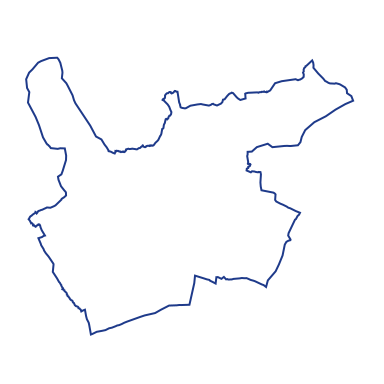 Notodden nor, Telemark, Norway, rotated 88°
{"feature_id": "86288312B98862303596044", "entity_name": "Notodden nor", "entity_type": "district", "adm_level": 2, "iso_a3": "NOR", "parent_name": "Norway", "parent_adm1": "Telemark", "projection": "mercator", "projection_center": [9.072, 59.692], "detail": "fine", "context": "isolated", "style": "outline", "palette": "blue", "viewbox_px": 384, "rotation_deg": 88, "n_neighbors": 0, "source": "geoboundaries", "source_scale": "gbopen_adm2", "svg_char_len": 5982}
<svg xmlns="http://www.w3.org/2000/svg" viewBox="0 0 384 384"><g transform="rotate(88 192 192)"><path d="M289.5,121.3L283.0,119.3L274.2,111.2L267.5,107.7L258.6,103.7L247.8,101.1L245.1,99.4L244.0,97.3L243.6,95.4L242.9,95.2L238.9,97.4L236.5,96.9L223.2,90.0L222.7,89.1L219.6,87.3L218.4,85.8L216.5,84.8L214.7,88.9L211.7,94.4L211.0,96.4L209.9,97.8L207.8,101.7L206.8,104.0L204.4,108.2L202.8,109.2L197.3,108.6L196.6,109.1L195.5,110.5L192.7,122.5L189.0,123.1L184.9,123.3L176.8,122.5L174.5,122.9L174.3,124.8L174.6,125.1L174.6,125.5L174.2,127.5L173.7,128.9L173.4,131.3L174.4,132.5L172.4,136.7L170.6,136.4L170.0,135.0L168.8,134.9L168.5,133.9L168.1,133.3L166.5,132.6L166.0,133.0L165.9,133.7L166.2,134.6L166.1,134.9L165.7,135.2L164.1,134.8L158.0,135.6L156.4,135.1L153.8,135.0L153.7,130.8L149.4,125.6L146.4,114.6L150.0,110.1L149.2,97.9L149.2,95.3L149.5,92.0L149.0,84.5L146.0,81.9L140.8,80.4L134.1,76.7L126.5,67.3L121.0,55.6L114.7,45.7L109.5,35.7L106.4,27.8L101.7,29.4L98.7,33.6L95.2,33.8L92.8,35.4L89.7,40.2L89.2,41.4L88.3,44.4L88.7,45.5L88.3,50.3L87.7,51.8L86.3,53.9L85.8,55.0L83.2,56.9L78.0,61.7L72.1,66.3L69.4,66.1L66.9,66.4L64.7,67.3L69.9,73.3L70.3,74.2L71.2,74.4L72.1,75.6L73.8,76.2L75.3,76.1L76.6,76.9L78.3,76.2L80.9,76.4L81.6,77.3L82.1,77.6L83.4,80.0L83.5,80.9L83.9,81.7L83.8,82.2L83.9,82.4L82.9,84.5L84.4,98.5L86.2,105.2L93.2,110.3L94.7,113.2L94.3,113.6L94.9,114.1L94.4,116.0L94.1,116.3L94.4,116.7L94.2,117.2L94.4,117.6L94.3,118.9L94.6,119.2L94.6,121.0L94.7,121.4L94.8,121.4L94.9,122.0L95.1,122.3L94.8,122.8L94.7,123.5L94.8,130.6L94.8,132.4L95.3,134.8L95.6,135.4L100.4,135.2L101.7,140.5L100.2,142.7L98.8,144.1L94.6,147.5L94.1,148.9L94.6,149.6L94.9,150.7L95.4,151.6L97.3,153.5L100.5,156.2L100.8,157.8L103.2,158.5L104.7,160.0L106.4,164.0L105.1,167.4L104.6,167.8L104.8,169.0L105.5,170.0L106.1,171.6L106.2,172.2L104.9,178.2L104.4,180.0L104.7,183.6L105.7,190.6L108.0,195.1L108.2,196.1L107.6,199.0L107.0,200.4L104.8,200.9L104.5,200.8L102.0,201.7L91.3,203.0L91.2,204.2L90.5,204.9L90.4,205.7L92.1,207.3L92.8,208.9L92.4,209.5L91.4,209.8L91.3,211.0L91.7,211.7L92.4,212.4L92.4,213.3L92.5,213.7L93.8,215.1L94.7,215.6L96.1,215.6L97.2,215.9L97.8,216.5L97.8,217.1L97.9,217.3L98.6,218.1L99.0,218.2L99.7,216.8L100.1,216.5L101.0,215.7L103.6,213.3L106.0,211.8L109.3,210.7L111.4,209.8L113.5,210.2L114.9,211.2L114.9,211.6L115.0,212.0L116.6,213.0L117.7,213.2L118.1,214.0L118.5,214.3L118.0,214.9L118.0,215.3L118.4,215.8L122.2,216.8L123.5,217.6L124.5,217.9L127.0,218.3L127.5,218.6L128.0,219.6L132.8,220.6L133.7,221.0L134.6,221.5L134.8,221.8L138.7,223.8L139.8,224.8L141.5,226.8L143.7,228.5L144.1,229.0L144.0,229.3L144.2,229.5L144.4,230.1L144.3,230.7L143.9,231.2L144.0,232.3L144.5,232.3L144.6,232.8L144.6,233.1L144.3,233.7L144.2,234.3L144.4,235.5L144.6,235.7L144.6,236.1L145.4,236.7L145.6,237.4L144.8,239.3L143.8,239.4L143.7,239.7L144.5,240.2L145.2,241.4L146.0,242.1L146.2,242.5L146.4,243.8L147.4,245.3L147.4,246.4L147.2,246.9L146.6,250.2L146.7,250.3L146.9,252.7L146.8,253.5L146.5,254.1L146.7,254.8L147.1,256.3L147.8,256.3L148.4,256.7L148.5,256.9L148.4,257.0L149.0,257.3L149.7,258.0L149.3,258.9L149.6,259.0L149.7,259.3L149.6,259.8L149.2,260.3L149.7,261.6L149.3,262.5L148.9,262.6L148.9,263.6L148.5,264.0L148.3,264.5L148.3,265.1L148.6,265.9L148.2,266.2L148.4,266.6L148.3,267.1L149.7,267.3L150.8,267.9L150.5,268.5L150.4,269.1L148.8,271.9L148.3,273.9L147.9,274.1L147.5,274.0L144.4,275.7L141.5,277.8L136.3,280.7L133.2,286.0L122.1,291.4L99.3,305.4L96.2,306.7L91.2,308.0L81.5,312.5L78.9,313.8L73.8,318.1L68.3,317.3L66.3,317.4L58.3,319.1L54.8,320.7L53.1,322.0L53.2,330.1L55.9,338.2L57.4,341.3L63.9,347.2L67.0,350.6L73.5,353.8L82.3,353.2L86.5,351.1L96.9,352.8L111.5,345.7L119.8,342.6L132.2,339.0L138.6,335.6L139.1,335.1L139.5,334.9L139.9,334.1L140.8,333.5L141.2,332.9L143.2,331.6L144.2,324.7L143.7,322.1L144.0,317.6L151.3,316.5L155.7,316.8L166.4,320.5L169.8,321.9L172.0,325.4L175.1,325.0L181.7,322.7L186.2,319.4L187.3,318.4L188.3,318.0L191.1,318.0L192.8,320.0L194.3,322.5L195.1,322.8L200.6,328.9L201.4,330.5L202.8,334.1L202.4,337.5L203.2,339.2L203.3,339.6L204.5,342.3L204.7,343.4L205.4,345.1L205.4,345.4L205.6,346.0L206.1,346.7L207.0,347.1L208.0,348.0L206.7,348.8L206.5,349.1L207.3,349.3L209.1,352.1L210.1,353.2L210.6,354.2L211.4,354.9L213.2,355.9L213.5,356.2L215.1,355.0L217.6,353.9L217.3,353.5L217.7,353.1L217.8,352.7L218.7,352.1L219.3,352.1L219.3,351.7L219.8,351.8L219.8,351.4L219.9,351.1L220.1,351.1L220.1,350.8L221.3,349.6L221.2,349.3L220.6,349.0L220.0,348.2L220.0,347.7L219.1,346.8L219.3,346.5L219.0,346.0L219.1,345.7L219.6,345.6L219.6,345.3L220.0,345.0L222.0,344.6L225.0,343.5L230.4,340.5L230.7,341.8L231.8,343.5L232.8,347.1L238.6,344.9L239.9,344.6L243.9,342.3L245.3,341.9L248.0,340.3L251.5,337.6L258.9,333.0L259.7,332.9L267.0,333.9L273.6,329.9L277.3,328.0L278.0,327.3L280.0,326.3L280.4,325.9L281.0,325.9L282.3,325.3L283.8,324.2L284.6,325.0L284.7,324.9L285.1,323.9L285.6,323.4L285.7,323.0L286.5,322.9L288.3,321.0L289.4,320.6L290.2,320.7L290.6,320.1L291.8,319.9L292.1,319.1L293.0,318.7L294.0,317.9L294.5,317.8L295.1,317.4L295.2,317.1L295.9,316.6L296.1,315.9L296.6,315.3L297.2,315.0L297.8,315.0L298.5,314.5L298.9,313.8L300.7,313.2L301.2,312.9L301.5,312.3L302.0,312.0L302.6,310.2L303.1,309.7L304.2,309.5L304.4,308.5L305.1,308.1L305.7,307.3L307.5,306.8L306.6,305.1L305.9,303.1L312.2,302.2L315.4,301.5L319.0,299.8L321.1,299.4L330.9,298.0L330.4,296.5L328.4,292.1L327.6,286.7L327.0,283.3L325.3,279.6L324.8,276.8L323.4,272.8L322.8,271.5L322.5,269.5L321.5,266.8L320.3,264.3L319.2,261.2L315.0,248.0L313.7,243.6L311.7,233.1L308.5,227.0L304.7,218.9L304.7,211.2L304.5,208.9L304.6,206.6L304.6,198.5L283.1,192.9L275.7,191.9L278.8,183.0L279.8,180.3L280.5,177.6L281.2,177.2L282.8,174.2L284.3,171.6L278.0,170.6L278.1,169.8L277.9,169.2L279.8,165.6L278.0,163.1L280.5,161.0L280.3,159.6L280.7,159.0L280.8,158.2L280.7,155.7L280.8,155.4L280.3,153.6L280.0,147.5L279.7,145.2L280.0,142.5L280.0,140.5L280.7,138.9L281.9,136.5L282.8,133.6L283.4,132.1L286.8,125.5L287.5,123.7L289.5,121.3Z" fill="none" stroke="#1e3a8a" stroke-width="2"/></g></svg>